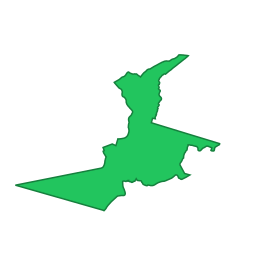 outline of Kisumu East, Nyanza, Kenya, rotated 16°
{"feature_id": "3690345B94932158837865", "entity_name": "Kisumu East", "entity_type": "district", "adm_level": 2, "iso_a3": "KEN", "parent_name": "Kenya", "parent_adm1": "Nyanza", "projection": "orthographic", "projection_center": [34.812, -0.082], "detail": "fine", "context": "isolated", "style": "filled", "palette": "green", "viewbox_px": 256, "rotation_deg": 16, "n_neighbors": 0, "source": "geoboundaries", "source_scale": "gbopen_adm2", "svg_char_len": 5590}
<svg xmlns="http://www.w3.org/2000/svg" viewBox="0 0 256 256"><g transform="rotate(16 128 128)"><path d="M102.2,87.9L102.9,88.5L103.7,89.0L104.3,89.4L104.9,89.8L105.6,90.3L106.2,90.6L106.9,91.1L107.7,91.6L108.3,92.0L109.1,92.2L110.0,92.4L110.9,92.7L111.6,93.3L112.2,94.2L112.6,94.9L112.7,95.7L112.8,96.7L113.1,97.7L113.5,98.5L114.0,99.0L114.7,99.3L115.7,99.4L116.7,99.9L117.4,100.5L118.0,101.0L118.4,101.5L118.7,102.2L119.0,103.1L119.2,103.8L119.7,104.5L120.1,105.2L120.8,105.8L121.3,106.3L121.8,106.7L122.7,107.3L123.6,107.8L124.5,108.5L125.5,109.0L126.2,109.5L127.0,109.9L127.8,110.7L128.1,111.7L128.0,112.5L127.8,113.2L127.7,114.0L127.6,114.6L127.3,115.4L126.8,116.1L126.4,116.9L126.1,117.5L126.0,118.5L126.1,119.4L126.5,120.5L127.0,121.4L127.5,122.2L127.5,122.9L127.5,123.8L127.6,124.7L127.7,125.3L127.9,126.2L128.1,127.3L128.7,128.1L129.1,128.9L129.5,129.7L129.7,130.4L129.9,131.4L129.9,132.4L129.9,133.5L129.8,134.6L129.5,135.9L128.9,137.1L128.1,137.9L127.4,138.7L126.3,139.2L125.4,139.7L124.1,140.3L123.1,140.7L122.1,141.1L121.3,141.2L121.2,148.3L117.3,147.7L109.4,153.6L111.4,156.3L110.5,157.2L111.5,158.7L113.2,160.3L113.8,160.7L114.3,161.4L114.9,161.7L114.9,162.5L114.8,163.6L114.9,164.7L114.9,165.8L115.1,166.9L115.3,167.9L115.3,169.0L115.3,170.4L115.1,171.2L114.9,172.2L114.3,173.1L113.4,173.9L35.5,214.0L126.9,213.9L127.7,214.1L128.1,213.4L128.5,212.7L128.8,212.0L129.1,211.1L129.3,210.1L129.7,209.0L130.1,207.9L132.3,203.4L136.4,196.7L137.1,196.1L138.2,195.6L139.1,195.2L139.8,194.9L140.8,194.5L141.9,194.3L142.8,193.9L143.4,193.2L143.5,192.1L143.2,191.2L142.8,190.5L142.4,189.8L142.0,189.3L141.5,188.5L141.1,188.0L140.7,187.5L140.2,186.9L139.8,186.4L139.4,185.8L139.0,185.0L138.6,183.9L138.3,183.1L138.0,182.2L137.6,180.8L138.2,180.3L139.0,180.0L139.8,180.0L140.8,180.0L141.4,179.2L142.2,179.2L142.3,178.5L142.9,178.3L142.8,179.0L143.4,178.9L144.1,179.1L144.8,179.1L145.3,178.8L146.0,179.2L146.7,179.2L147.6,178.7L147.9,177.9L148.6,177.6L149.3,177.2L149.4,176.2L149.8,175.2L149.9,174.5L150.4,174.9L150.9,175.6L151.8,175.8L152.8,175.6L153.6,175.5L154.4,175.3L155.0,175.2L155.6,175.5L156.1,176.3L156.9,176.8L157.6,177.5L158.1,178.0L158.9,178.1L159.7,178.3L160.4,178.2L161.2,178.4L161.8,178.3L162.4,178.1L162.9,177.3L163.8,177.2L164.8,177.1L165.8,177.1L166.4,176.9L167.1,176.7L168.0,176.3L168.8,175.7L169.6,174.9L170.3,174.1L171.1,173.2L171.9,172.4L173.1,171.5L174.1,170.8L175.4,170.0L176.9,169.4L177.6,169.1L178.3,168.6L179.0,168.1L179.6,167.6L180.4,166.9L181.1,166.4L181.7,165.9L182.1,165.5L182.8,165.0L183.7,164.2L184.3,163.5L184.7,163.0L185.1,162.3L185.5,161.8L186.0,161.0L186.5,160.2L187.1,159.8L187.8,159.8L188.4,159.9L189.2,160.5L189.9,161.2L190.1,161.8L190.7,162.2L191.6,162.2L192.3,162.5L193.0,162.7L193.9,162.5L197.4,159.3L200.4,156.1L194.9,156.1L188.1,149.1L187.8,148.1L187.9,147.5L188.2,146.5L188.6,145.7L188.7,145.0L188.9,143.9L189.0,142.8L189.3,142.0L189.7,141.5L189.5,140.8L189.3,139.9L189.2,138.8L189.2,137.7L189.3,136.8L189.5,136.1L189.8,135.4L189.9,134.5L190.2,133.7L190.7,133.0L190.7,132.2L190.6,131.5L190.4,130.6L190.4,129.6L190.7,128.5L190.4,127.7L191.5,127.3L192.4,127.3L193.3,127.2L194.1,127.0L194.7,126.9L195.5,127.0L196.5,127.0L198.5,126.9L199.2,126.9L199.8,127.2L200.5,127.8L201.0,128.5L201.2,129.4L201.6,130.1L202.2,130.3L202.9,130.3L203.9,129.8L204.4,128.9L204.8,128.2L205.1,127.4L205.5,126.8L206.0,126.4L206.4,126.0L207.1,125.4L207.7,124.6L208.2,124.1L208.7,123.7L209.6,123.5L210.3,123.5L211.1,123.6L214.0,123.9L214.0,125.1L213.9,126.7L214.5,126.9L215.2,126.8L215.9,126.7L216.8,126.4L217.1,125.6L217.0,124.7L216.9,123.5L217.0,122.6L217.4,122.0L218.0,121.4L218.5,120.9L218.9,120.3L220.0,119.3L220.5,118.7L220.4,117.8L204.7,117.5L186.3,117.2L152.7,116.6L149.0,116.5L148.9,111.9L151.7,111.6L151.4,111.0L151.1,110.4L151.3,109.1L151.6,108.2L151.2,107.6L151.6,106.8L151.2,105.8L151.4,105.0L151.4,104.2L151.6,103.5L151.5,102.9L151.2,102.3L151.4,101.7L151.5,101.0L150.9,100.6L150.8,99.7L151.2,98.8L151.5,98.1L151.6,97.2L150.6,96.6L150.5,95.4L151.0,94.4L151.2,93.4L151.8,92.5L152.2,91.5L152.1,90.6L151.6,89.8L150.8,89.2L149.8,88.7L149.3,88.3L148.9,87.7L148.5,87.2L148.4,86.3L148.6,85.4L148.5,84.6L148.8,83.8L148.5,82.9L147.5,82.6L146.5,81.9L146.8,80.7L146.3,79.7L145.6,79.0L145.6,78.4L145.4,77.7L146.0,77.4L146.0,76.6L146.0,75.9L145.7,75.3L145.1,75.0L144.5,74.3L144.3,73.5L144.6,72.9L144.5,72.2L144.8,71.4L145.0,70.6L145.7,69.5L146.0,68.6L146.4,67.8L147.2,67.1L147.7,66.3L148.2,65.9L149.2,65.9L151.5,62.5L151.9,61.9L152.3,61.4L153.6,59.8L154.0,59.0L154.4,58.4L155.1,57.4L156.9,55.0L158.4,52.9L158.8,52.2L159.3,51.6L160.9,49.4L161.5,48.5L162.1,47.7L163.0,46.4L163.6,45.7L164.9,43.7L165.7,42.6L166.0,41.9L164.8,42.0L163.2,42.3L162.0,42.5L161.1,42.6L159.8,42.9L158.4,43.2L157.6,43.4L156.6,43.9L156.3,44.8L155.9,45.8L155.4,46.4L155.0,46.9L154.6,47.4L154.1,47.9L153.4,48.6L152.7,49.0L152.0,49.4L151.2,50.0L150.8,50.5L150.2,51.2L149.7,51.8L149.4,52.3L147.1,52.9L146.3,53.0L145.5,53.4L144.5,53.9L143.8,54.5L143.3,54.9L142.7,55.3L141.8,56.2L140.6,57.3L140.0,57.9L139.0,58.9L138.3,59.6L137.8,60.1L137.0,60.8L135.8,62.0L132.9,65.2L131.8,65.6L131.1,66.1L130.4,66.8L129.9,67.7L129.6,68.4L129.2,69.1L128.6,69.7L128.1,70.5L127.7,71.3L127.4,71.9L127.1,72.7L126.7,73.5L126.4,74.6L125.9,75.5L125.3,75.1L124.6,75.0L123.9,74.8L123.2,74.6L122.0,74.0L121.3,73.7L120.6,74.0L119.6,74.1L118.7,74.5L117.9,74.9L117.1,74.8L116.4,74.8L115.3,74.7L114.3,74.5L113.5,74.1L112.8,74.1L112.2,74.8L111.7,75.7L111.5,76.4L111.4,77.0L111.2,77.6L110.8,78.3L110.5,79.1L109.7,79.8L109.0,80.3L108.5,80.6L108.0,81.1L106.3,83.7L102.2,87.9Z" fill="#22c55e" stroke="#15803d" stroke-width="1.5"/></g></svg>